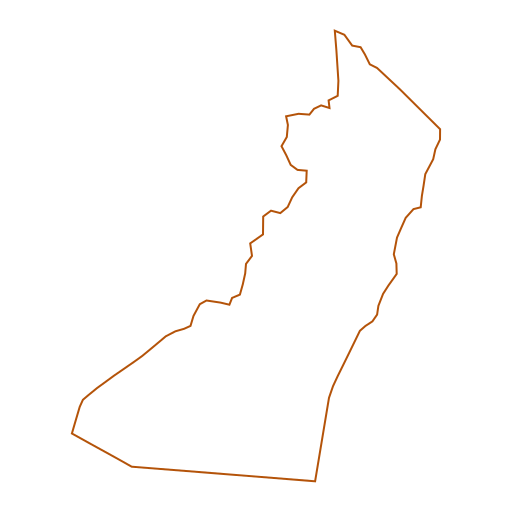 the district of Tracunhaém, Pernambuco, Brazil
{"feature_id": "56859067B39604010475320", "entity_name": "Tracunhaém", "entity_type": "district", "adm_level": 2, "iso_a3": "BRA", "parent_name": "Brazil", "parent_adm1": "Pernambuco", "projection": "natural_earth1", "projection_center": [-35.157, -7.742], "detail": "fine", "context": "isolated", "style": "outline", "palette": "amber", "viewbox_px": 512, "rotation_deg": 0, "n_neighbors": 0, "source": "geoboundaries", "source_scale": "gbopen_adm2", "svg_char_len": 1213}
<svg xmlns="http://www.w3.org/2000/svg" viewBox="0 0 512 512"><path d="M290.7,164.9L297.5,169.9L306.7,170.7L306.2,182.4L298.5,188.2L292.2,197.3L287.7,207.0L280.3,213.1L271.0,210.7L263.2,216.5L263.0,234.4L250.2,243.4L252.0,255.9L246.0,263.9L245.2,273.4L242.8,284.3L239.9,294.6L232.1,297.9L229.4,304.7L220.5,302.6L206.5,300.5L199.8,304.2L193.5,315.9L190.5,325.9L184.1,328.8L175.4,331.3L165.8,336.3L153.9,346.3L142.3,355.9L133.8,362.0L114.1,375.6L97.0,388.1L88.3,395.2L82.9,399.8L79.7,406.9L74.4,424.9L71.9,433.5L90.8,444.0L115.5,457.6L131.7,466.7L233.7,474.8L315.1,481.3L329.0,397.8L333.0,386.2L337.7,376.1L343.0,365.4L348.7,353.8L359.9,330.8L365.5,325.9L372.4,321.4L377.1,314.6L378.4,305.8L383.1,293.8L388.5,285.4L396.7,273.9L396.4,263.5L393.8,254.3L397.0,237.6L401.3,227.7L405.7,217.8L413.5,209.1L420.7,207.3L421.9,195.8L423.5,186.1L425.3,174.1L433.2,159.2L435.4,149.2L440.0,139.6L440.1,129.2L400.6,90.0L377.1,68.0L369.8,64.3L364.9,54.4L360.6,47.2L352.2,45.6L344.4,34.8L334.8,30.7L336.4,50.5L338.4,80.9L337.7,95.8L328.6,100.4L329.5,108.0L321.1,105.4L314.0,108.8L309.4,114.6L298.6,113.8L286.1,116.3L287.9,125.0L286.8,137.0L281.5,146.2L286.3,155.3L290.7,164.9Z" fill="none" stroke="#b45309" stroke-width="2"/></svg>